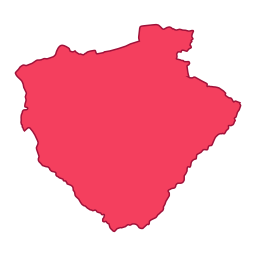 the district of Sop Prap, Lampang, Thailand
{"feature_id": "78962969B39670710087023", "entity_name": "Sop Prap", "entity_type": "district", "adm_level": 2, "iso_a3": "THA", "parent_name": "Thailand", "parent_adm1": "Lampang", "projection": "orthographic", "projection_center": [99.346, 17.89], "detail": "fine", "context": "isolated", "style": "filled", "palette": "rose", "viewbox_px": 256, "rotation_deg": 0, "n_neighbors": 0, "source": "geoboundaries", "source_scale": "gbopen_adm2", "svg_char_len": 5711}
<svg xmlns="http://www.w3.org/2000/svg" viewBox="0 0 256 256"><path d="M75.0,50.9L73.8,51.6L72.6,51.9L70.4,51.3L70.0,50.8L69.2,48.6L68.4,47.9L66.0,46.5L63.9,45.6L62.4,45.3L61.2,45.4L60.0,46.0L58.8,47.2L58.1,48.2L56.6,51.2L55.7,54.2L54.9,55.4L54.3,56.0L53.1,56.8L47.6,58.7L46.4,58.8L44.9,58.6L44.1,58.6L41.1,59.8L39.9,60.0L37.2,60.1L36.3,60.5L32.2,63.3L26.6,65.5L25.7,65.5L23.7,65.0L22.8,65.2L21.9,65.7L20.2,66.9L18.5,69.3L16.3,71.6L15.7,72.4L15.4,73.0L15.5,73.4L16.1,74.8L16.9,76.0L17.9,77.1L21.1,80.2L21.8,81.0L22.3,82.0L23.1,83.9L23.8,87.5L26.1,92.3L26.4,93.2L26.1,94.5L25.8,95.1L25.7,95.8L25.3,96.8L26.0,99.4L26.0,100.4L25.8,101.5L25.1,103.7L24.8,106.0L24.9,106.7L25.1,106.9L27.1,107.5L27.5,107.8L27.7,108.1L27.7,108.5L27.6,108.9L27.3,109.3L26.9,109.5L26.1,109.8L24.0,109.9L23.2,110.4L22.8,110.9L22.4,111.7L22.3,112.6L21.5,114.5L21.3,115.2L21.1,117.1L21.2,120.5L21.0,122.3L21.4,124.2L22.2,125.2L22.3,127.0L23.1,128.2L23.6,129.8L24.5,130.9L27.6,128.1L28.4,127.7L28.8,127.7L29.2,127.7L29.9,128.0L32.7,131.4L34.9,135.0L37.5,140.6L38.0,142.0L38.1,142.8L37.9,144.1L37.6,144.9L37.1,145.9L36.6,147.1L36.4,147.8L36.5,148.6L36.7,149.5L38.9,155.9L39.0,156.5L38.9,157.2L38.3,158.9L38.4,160.1L38.5,160.6L39.1,161.7L39.7,162.3L41.2,163.9L42.5,165.5L46.1,166.7L47.6,166.8L47.9,166.9L48.4,167.4L49.3,168.1L49.6,168.4L49.8,169.5L51.4,171.1L52.4,171.5L54.4,171.9L55.6,172.5L56.0,173.3L55.9,174.5L56.1,175.3L56.8,176.1L58.3,176.9L59.2,177.7L59.6,177.9L62.8,179.1L63.2,179.5L63.3,180.4L63.6,180.7L64.0,180.9L65.2,180.9L66.1,181.4L66.2,182.0L66.9,182.6L67.0,183.6L67.2,183.9L70.5,185.1L71.4,185.6L72.5,186.6L73.0,187.6L73.3,190.4L73.9,191.0L74.6,192.2L75.1,195.2L75.5,196.0L76.2,196.8L78.7,199.1L80.6,202.4L81.8,204.1L82.4,204.7L83.9,205.7L85.1,206.0L85.7,206.4L87.3,208.0L90.1,209.8L91.7,210.1L92.7,210.7L93.9,210.5L94.8,210.1L95.5,210.2L96.2,210.6L96.8,211.6L97.3,212.0L99.0,212.6L100.6,213.0L101.0,213.5L101.6,214.4L101.9,214.6L102.2,214.7L103.8,214.4L104.2,214.6L104.4,215.1L104.0,216.9L103.9,217.4L102.8,218.9L102.7,220.3L102.8,221.2L103.2,221.5L103.9,221.8L104.5,221.8L105.6,221.4L106.1,221.5L107.0,222.7L107.6,223.3L109.0,224.0L109.5,226.0L110.0,227.6L110.7,228.6L112.5,230.4L113.1,231.0L113.8,231.3L114.4,231.4L114.7,231.2L115.5,230.5L116.6,229.1L117.6,228.5L120.2,227.6L121.6,227.8L125.4,226.6L127.6,224.8L128.4,224.7L129.6,225.1L130.5,225.0L132.3,224.0L132.9,223.9L134.9,224.0L136.4,224.5L137.6,225.5L139.1,227.6L139.8,228.0L140.6,228.3L141.8,228.5L142.8,228.4L147.0,224.5L147.4,224.4L148.0,224.3L148.6,224.5L149.2,223.8L149.4,221.5L149.7,221.0L151.2,219.8L155.6,217.7L156.2,217.2L158.1,214.5L158.9,214.0L161.1,211.9L162.7,210.6L163.2,209.6L163.5,208.6L163.4,207.6L163.5,206.7L164.8,204.5L165.9,201.3L169.1,196.0L169.3,195.4L169.3,193.5L169.1,192.7L168.3,191.6L168.1,191.0L168.4,190.3L168.8,190.0L171.7,188.5L174.0,188.1L174.8,187.7L175.4,186.9L175.7,186.1L175.8,185.3L176.2,184.6L177.0,183.7L177.7,183.3L178.7,183.2L180.8,183.2L182.1,182.8L183.3,181.8L184.1,180.2L184.2,179.3L184.2,176.0L184.3,175.7L185.8,173.6L187.0,171.0L187.1,168.7L187.5,167.2L187.8,166.9L188.3,166.7L189.7,167.1L190.2,166.9L190.7,165.7L191.1,163.0L191.5,161.8L192.4,160.6L193.6,159.7L194.4,159.3L195.7,159.0L196.1,158.8L196.3,158.3L196.6,155.7L196.8,154.9L197.0,154.5L200.7,152.5L201.2,152.1L203.0,150.0L203.9,149.6L204.7,149.6L206.5,149.8L207.0,149.8L207.4,149.6L207.8,149.0L208.3,146.9L208.7,146.2L209.1,145.9L209.4,145.7L211.3,145.5L211.7,145.2L212.1,144.7L214.3,139.5L215.3,137.5L216.1,136.5L218.0,134.7L219.4,133.9L220.4,133.7L221.9,133.7L222.7,133.4L224.0,133.8L224.5,133.6L225.1,132.8L226.3,130.6L228.1,129.0L228.5,128.4L228.6,127.7L228.4,126.1L228.5,125.7L229.0,125.5L230.7,125.6L231.1,125.6L232.8,124.8L233.4,124.2L234.0,123.0L234.4,121.7L235.2,120.7L235.2,120.4L234.4,118.6L234.5,118.1L234.6,117.9L235.8,117.2L236.1,116.8L237.4,112.5L237.7,111.9L239.2,109.8L240.6,105.8L240.6,105.3L239.6,103.4L239.6,102.9L239.8,102.7L235.7,101.1L235.0,101.2L234.2,101.7L233.8,101.9L233.6,101.8L232.7,100.7L231.9,99.1L231.1,98.2L230.6,98.0L228.9,97.8L227.5,96.9L225.7,95.6L225.4,95.2L225.3,94.8L225.6,93.2L223.5,91.0L219.1,88.0L217.6,87.5L215.3,87.0L213.6,86.9L211.9,86.6L210.1,86.5L209.0,86.2L208.5,86.2L207.4,86.5L207.2,86.4L207.0,85.9L207.2,84.1L206.8,83.6L206.0,83.1L201.7,80.9L195.3,77.3L194.5,77.1L194.0,77.1L193.5,77.3L192.7,77.8L191.4,77.9L189.9,77.8L188.3,76.9L188.7,76.9L188.9,76.4L188.4,74.9L187.8,72.2L187.0,66.2L187.3,65.5L187.8,65.2L188.6,64.9L189.2,64.1L189.6,63.2L189.3,62.2L188.8,61.7L188.5,61.6L186.0,61.7L184.2,61.5L183.7,61.2L183.3,60.7L183.0,60.5L182.1,60.5L181.5,60.4L180.1,59.8L177.4,59.2L176.5,58.9L176.4,58.6L176.9,57.2L177.0,56.4L176.7,54.0L176.8,53.7L177.3,52.8L178.0,52.0L178.4,51.9L179.1,51.8L181.0,52.1L181.2,51.9L181.5,50.7L182.0,50.3L182.5,50.2L183.6,50.3L185.8,51.0L186.7,51.2L187.0,51.2L188.7,49.2L189.3,48.7L190.7,48.0L191.2,47.6L191.1,46.8L191.0,46.1L190.1,45.4L190.0,45.0L190.6,42.8L191.8,41.6L191.7,41.2L191.3,40.6L191.3,40.3L192.9,39.0L192.9,38.6L191.9,37.0L191.8,35.9L192.2,34.1L193.4,31.3L193.3,30.8L193.1,30.6L192.0,30.5L189.9,31.0L188.5,31.1L185.7,30.3L182.7,30.1L180.7,29.5L179.4,29.3L176.8,30.0L176.0,30.0L174.8,29.7L173.6,28.9L172.7,28.9L170.8,27.4L169.3,27.0L168.2,27.2L166.8,27.6L164.3,29.0L163.7,29.2L163.2,29.1L162.4,28.8L160.3,26.7L158.7,25.3L158.1,25.0L156.2,24.6L152.5,24.9L144.0,25.8L141.8,26.1L140.4,26.6L140.0,27.4L139.7,28.3L138.7,37.2L138.8,38.6L139.4,41.1L130.5,43.9L125.7,46.2L118.1,48.7L110.1,50.9L104.3,51.9L103.8,52.4L103.3,52.7L97.4,53.8L96.6,53.7L96.0,52.7L95.4,50.8L95.1,50.5L94.9,50.4L93.7,50.5L90.3,51.1L87.9,51.8L86.7,52.5L86.2,53.1L85.4,53.3L83.7,54.7L83.3,54.8L81.9,54.5L80.6,54.0L79.3,54.1L78.9,54.0L76.0,52.1L75.0,50.9Z" fill="#f43f5e" stroke="#9f1239" stroke-width="1.5"/></svg>